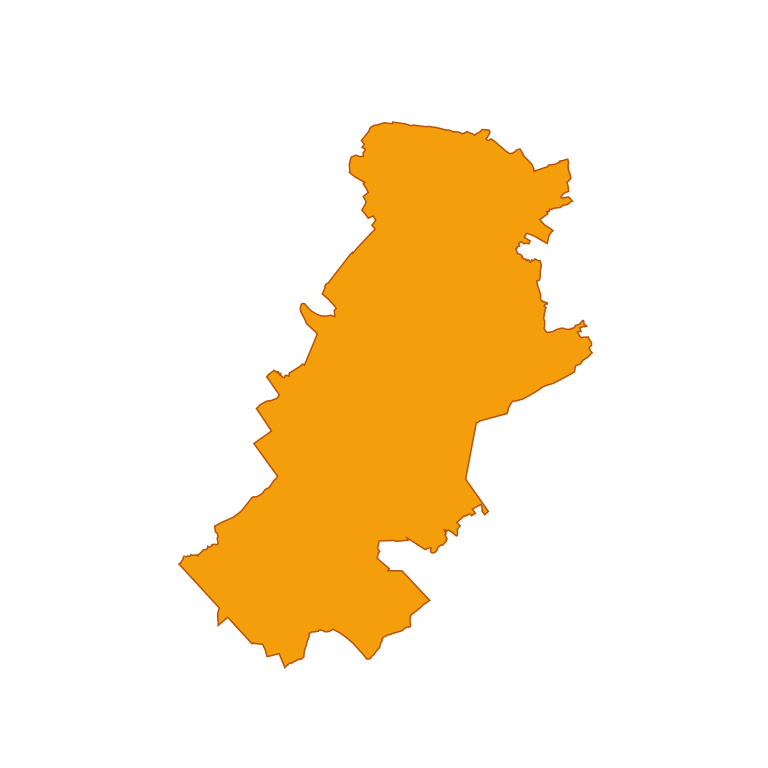 the district of Tileagd, Bihor, Romania, rotated 43°
{"feature_id": "2599482B26148898048823", "entity_name": "Tileagd", "entity_type": "district", "adm_level": 2, "iso_a3": "ROU", "parent_name": "Romania", "parent_adm1": "Bihor", "projection": "equal_earth", "projection_center": [22.211, 47.067], "detail": "fine", "context": "isolated", "style": "filled", "palette": "amber", "viewbox_px": 768, "rotation_deg": 43, "n_neighbors": 0, "source": "geoboundaries", "source_scale": "gbopen_adm2", "svg_char_len": 6153}
<svg xmlns="http://www.w3.org/2000/svg" viewBox="0 0 768 768"><g transform="rotate(43 384 384)"><path d="M504.9,659.0L504.7,657.8L504.9,655.9L505.3,655.3L505.0,654.9L505.3,654.1L505.1,653.3L505.5,652.4L507.0,650.8L507.4,648.8L509.6,643.2L511.3,641.2L511.5,638.2L509.4,635.8L507.0,632.0L505.1,627.3L503.3,624.7L502.0,620.6L499.7,617.7L499.6,617.0L500.3,614.5L502.5,612.5L502.9,611.4L504.7,609.5L504.5,608.2L505.2,607.3L507.7,606.0L509.5,605.7L512.0,603.3L513.5,600.3L513.7,598.3L520.5,596.3L529.0,595.1L538.4,594.7L552.9,596.0L558.9,596.9L558.9,596.5L560.6,595.5L561.2,593.0L560.7,591.4L561.3,589.3L560.6,584.2L560.6,580.0L558.6,576.3L557.5,572.6L556.7,571.9L556.3,570.3L556.5,568.9L558.1,564.7L558.9,563.8L560.6,560.3L565.6,551.9L565.6,549.2L567.0,545.3L567.9,545.1L568.8,543.3L567.2,541.5L564.6,539.7L561.3,535.1L563.3,522.0L563.1,519.5L565.0,511.1L524.5,508.4L514.2,517.9L514.0,515.5L497.6,516.1L497.7,515.6L494.9,511.1L495.2,509.6L490.9,508.2L490.2,506.3L487.4,502.2L498.4,491.2L499.8,491.2L508.1,481.9L505.9,480.8L526.2,477.2L527.7,476.3L527.9,474.7L529.4,472.2L530.1,471.9L530.7,472.5L531.6,474.2L532.2,474.7L533.6,475.1L535.6,473.7L536.3,471.2L535.9,469.0L535.1,467.4L535.2,465.2L535.4,462.8L536.8,461.9L536.8,457.3L536.4,455.5L535.4,455.4L535.6,454.1L531.7,452.9L531.7,451.3L527.3,449.6L528.1,448.9L530.3,449.7L530.5,446.9L535.5,446.0L540.5,445.8L540.7,444.7L539.6,443.0L536.7,440.2L536.5,435.9L531.8,435.6L532.5,425.5L533.5,425.6L535.2,420.5L537.8,420.7L539.0,416.2L534.0,415.3L537.0,405.9L538.9,406.7L541.2,408.7L542.4,410.1L546.9,410.9L547.2,406.0L508.6,397.9L478.2,349.8L479.7,344.9L494.1,321.8L493.1,319.3L491.5,316.9L489.9,310.8L490.0,308.9L490.5,307.7L491.3,307.2L492.5,305.7L495.9,300.1L500.4,285.9L501.9,278.4L503.8,274.1L507.4,268.1L508.8,263.8L510.3,260.1L510.6,258.3L511.4,256.9L515.1,245.1L511.6,240.3L514.1,235.0L513.3,231.2L514.8,225.0L514.8,220.3L515.0,219.3L511.9,218.9L509.2,217.3L509.1,216.2L509.5,215.0L509.2,213.8L507.9,212.6L506.5,211.9L503.6,211.4L501.4,210.2L496.1,215.8L489.8,214.0L492.3,211.2L488.9,209.6L490.4,206.4L492.5,204.3L492.8,203.3L489.4,203.8L487.9,202.3L486.6,201.6L485.9,202.1L486.2,206.5L485.2,209.0L484.1,210.5L484.7,212.8L484.6,213.5L483.1,215.8L483.5,216.3L481.2,218.7L478.5,220.5L476.8,221.0L474.4,223.9L472.0,229.0L471.8,230.5L469.9,233.1L467.6,235.3L463.7,234.5L462.9,233.9L462.0,232.0L458.3,228.2L456.4,227.5L453.3,223.2L452.6,221.5L450.8,219.2L450.6,217.6L448.0,217.9L447.5,214.8L448.8,214.5L448.4,213.4L442.4,215.7L441.3,215.3L440.3,214.9L437.9,212.0L427.7,206.3L425.4,204.3L426.8,202.0L425.1,199.0L420.8,194.2L418.7,190.5L417.1,189.1L413.9,187.4L413.3,188.2L412.3,188.7L409.1,189.6L409.4,191.4L408.7,191.7L408.6,192.3L407.4,192.6L408.1,194.0L408.0,195.1L407.3,195.4L406.5,194.6L404.4,194.8L404.7,195.9L404.0,196.3L402.3,196.1L401.6,196.9L400.6,196.7L399.9,197.4L398.5,197.4L398.1,196.3L396.2,196.1L394.3,196.6L392.4,197.7L390.0,195.9L388.0,195.2L388.7,193.5L387.8,192.8L389.1,190.5L386.6,189.3L387.0,186.7L390.9,185.8L391.3,184.7L394.3,182.7L393.4,179.7L386.5,181.0L386.0,178.9L385.7,176.3L392.4,173.5L407.6,170.0L403.4,162.8L402.8,158.5L403.1,156.7L399.3,156.8L393.2,158.2L385.8,157.6L387.7,147.8L385.4,146.8L386.7,146.1L387.2,144.7L385.7,143.3L387.4,142.2L388.3,139.7L392.6,134.6L393.0,131.4L395.8,127.6L396.2,123.5L397.2,121.8L391.3,121.3L387.9,126.1L386.6,126.8L385.8,126.5L385.5,123.3L386.0,120.5L387.7,117.2L383.2,113.4L380.4,111.9L380.4,106.1L377.5,104.0L372.9,101.6L369.6,98.7L368.2,96.5L365.2,94.3L364.1,95.5L362.2,99.2L361.1,100.0L360.4,101.5L361.4,102.0L360.6,103.2L359.4,106.4L354.9,111.8L355.7,112.9L348.5,126.3L346.6,124.3L341.7,122.3L331.2,121.9L323.3,119.3L321.5,122.2L321.3,122.9L321.5,124.3L320.5,127.7L318.6,129.9L313.8,130.6L308.0,130.7L306.2,131.1L302.5,130.9L295.3,131.6L294.5,134.3L293.5,135.2L291.4,135.1L291.4,133.2L290.6,129.9L289.7,127.4L287.7,126.7L282.1,131.0L282.2,134.3L280.8,137.8L280.8,140.2L278.3,140.6L273.9,142.5L272.5,142.5L272.1,144.6L270.8,147.4L266.7,148.9L262.4,152.4L258.5,153.8L255.1,156.7L252.2,157.9L245.6,161.9L244.1,163.2L241.6,164.6L238.6,167.7L228.9,174.6L227.8,176.4L226.8,177.1L222.0,179.3L211.8,186.5L212.6,188.0L206.1,192.7L202.4,199.0L200.3,201.8L199.2,205.0L199.4,206.7L200.6,209.7L201.4,221.4L206.0,222.0L206.6,226.0L209.9,224.9L211.0,227.2L210.9,229.1L213.7,231.6L211.4,234.0L207.2,236.0L206.5,238.0L205.4,239.8L205.6,241.3L209.1,247.4L214.6,252.3L214.4,252.8L221.1,252.4L232.5,249.8L232.2,251.8L238.0,253.1L241.9,254.8L240.9,261.0L246.7,262.9L247.9,266.2L249.4,272.1L253.3,272.3L259.4,273.5L261.4,268.6L265.9,269.6L266.6,272.2L266.9,276.2L271.8,276.6L271.6,302.5L272.2,309.7L271.1,309.2L271.0,312.8L274.3,348.2L273.6,350.0L273.9,352.2L275.5,354.6L277.5,360.3L285.4,359.9L295.0,360.7L297.6,361.5L297.3,364.0L302.1,368.3L297.8,370.3L296.2,373.0L292.1,376.7L287.5,378.7L282.0,380.0L277.6,380.2L271.2,379.5L269.7,380.5L269.1,381.9L270.9,385.6L274.0,387.9L282.7,391.0L286.1,392.7L301.1,392.7L312.9,424.5L310.8,424.9L310.8,427.4L307.3,440.6L309.2,443.0L306.5,444.2L306.7,445.1L306.1,445.4L306.9,447.4L304.4,448.3L303.6,447.8L301.9,448.4L301.5,448.1L301.6,446.8L301.3,446.7L300.2,448.1L298.7,448.2L299.0,447.4L298.2,447.2L297.7,448.3L296.8,448.3L296.2,448.8L294.2,449.0L293.0,456.9L293.5,457.1L293.3,458.7L314.7,463.3L315.4,466.7L315.2,468.0L312.4,473.7L310.1,476.1L309.2,478.5L307.6,483.6L307.5,485.2L307.8,487.2L307.4,488.9L333.8,495.1L329.4,516.3L369.2,524.1L369.6,526.9L369.3,530.0L370.6,537.8L369.1,542.2L369.6,547.5L367.6,553.9L365.6,555.3L364.9,556.8L366.3,574.5L364.7,584.0L359.8,595.4L357.1,603.5L361.3,606.9L364.2,607.1L366.5,608.4L367.2,610.6L370.9,613.4L371.6,614.4L371.3,615.5L369.3,616.8L367.8,618.9L368.4,619.4L367.7,622.6L365.9,622.8L367.2,625.1L366.7,626.5L365.0,628.4L365.0,633.5L364.2,636.3L365.1,636.3L364.5,637.0L364.0,636.9L362.8,637.6L360.7,640.1L359.2,640.5L359.5,641.2L359.3,642.8L357.6,643.8L357.3,644.9L355.2,646.5L355.7,648.4L356.7,649.2L356.7,651.5L357.3,653.0L356.8,655.5L416.4,660.1L416.5,660.8L419.2,665.7L423.9,670.3L425.5,671.4L427.4,673.7L428.8,661.2L464.6,664.0L464.5,663.3L472.8,657.2L478.4,659.4L484.2,663.1L484.7,662.8L491.2,652.7L504.9,659.0Z" fill="#f59e0b" stroke="#b45309" stroke-width="1.5"/></g></svg>